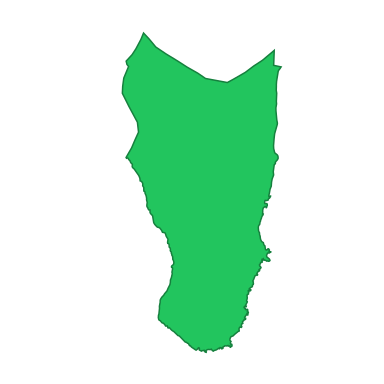 outline of Mrémani, Andjouân, Comoros, rotated 11°
{"feature_id": "10938185B83207987774368", "entity_name": "Mrémani", "entity_type": "district", "adm_level": 2, "iso_a3": "COM", "parent_name": "Comoros", "parent_adm1": "Andjouân", "projection": "equal_earth", "projection_center": [44.513, -12.33], "detail": "fine", "context": "isolated", "style": "filled", "palette": "green", "viewbox_px": 384, "rotation_deg": 11, "n_neighbors": 0, "source": "geoboundaries", "source_scale": "gbopen_adm2", "svg_char_len": 6098}
<svg xmlns="http://www.w3.org/2000/svg" viewBox="0 0 384 384"><g transform="rotate(11 192 192)"><path d="M114.1,45.2L112.7,52.1L109.6,62.2L107.0,68.6L102.4,76.1L103.8,79.2L105.8,80.9L103.3,93.2L103.8,101.5L104.8,108.4L113.8,120.1L125.1,133.9L128.1,143.5L126.2,151.4L124.3,160.2L120.7,170.7L121.3,171.4L122.1,170.9L122.7,171.0L123.9,172.4L124.9,172.9L126.3,174.9L127.9,176.0L128.2,176.4L128.4,178.2L128.6,178.8L129.4,179.6L130.8,180.4L136.4,185.8L137.4,187.1L137.7,187.7L138.2,188.4L139.0,191.0L139.9,191.1L140.6,191.4L141.7,192.6L142.1,193.3L142.4,195.3L143.8,196.8L144.4,199.7L144.8,200.5L145.4,200.5L145.9,201.1L146.2,202.3L147.5,204.1L148.0,205.2L148.6,206.7L148.9,208.4L150.0,210.7L150.2,213.6L150.6,215.0L151.1,215.5L151.6,215.8L151.9,216.6L152.9,217.8L154.1,217.6L154.8,220.3L155.7,221.3L156.9,222.1L157.9,223.0L160.2,229.2L160.5,229.7L161.7,231.0L164.1,232.8L164.9,233.1L166.4,233.2L167.4,233.6L169.5,235.5L170.7,237.2L173.1,237.2L173.8,237.9L175.2,240.5L177.1,242.5L177.5,243.3L177.6,246.0L178.0,247.1L178.8,247.1L179.5,247.9L180.1,250.4L181.2,251.2L181.7,252.2L181.9,253.8L182.5,254.5L183.1,254.8L183.5,256.3L184.0,256.9L184.3,257.9L185.3,259.1L186.0,261.8L186.9,262.9L187.6,264.4L187.7,265.9L187.6,266.7L186.2,268.5L186.1,269.1L186.3,269.8L186.8,270.0L187.2,270.0L187.4,270.3L187.6,271.6L187.6,274.5L188.2,275.9L188.1,279.5L188.0,280.8L187.7,281.7L187.7,283.1L188.0,284.7L188.0,287.2L186.9,291.0L186.3,293.9L184.5,297.1L184.0,298.6L182.4,301.1L181.5,303.5L181.5,305.1L181.8,306.0L181.8,310.3L182.3,312.5L182.8,318.1L182.6,319.3L182.9,321.7L183.6,323.4L183.9,323.8L184.5,324.2L185.5,324.4L187.3,326.0L187.9,326.2L189.1,326.3L190.9,327.7L191.6,328.6L192.4,328.5L193.1,328.1L193.8,328.9L194.2,329.9L194.8,330.0L195.7,329.5L198.1,331.3L199.4,332.0L200.7,332.4L205.6,335.6L207.0,335.7L214.0,340.6L215.3,340.6L216.3,341.3L217.5,341.5L218.5,342.9L218.8,343.1L219.3,343.1L219.4,343.4L220.0,343.4L221.0,344.3L225.9,346.4L226.3,346.4L227.1,345.5L227.7,344.2L228.2,343.6L228.8,343.7L229.1,344.1L229.1,345.4L229.4,345.7L231.6,346.4L232.2,345.7L233.2,345.7L233.7,345.4L233.9,345.1L234.1,345.1L234.5,345.1L234.9,345.6L235.0,346.2L235.5,346.6L236.5,346.7L236.6,346.2L235.8,345.2L236.7,344.2L237.2,343.8L238.5,343.3L239.9,343.3L240.9,342.6L242.4,343.9L243.4,344.1L243.8,343.5L246.2,342.2L247.6,340.6L248.4,340.1L248.5,340.7L248.8,340.7L249.3,339.3L250.5,339.4L250.7,340.2L250.9,340.3L251.9,339.9L252.2,339.5L252.2,339.3L251.6,339.1L251.5,338.9L252.7,337.6L253.3,337.2L253.5,336.7L255.4,336.5L256.6,335.8L256.9,336.3L257.4,336.3L258.5,335.8L259.1,337.1L259.3,337.1L259.9,336.3L260.4,336.0L260.6,335.6L260.5,334.7L260.1,333.9L259.5,333.8L259.1,334.0L258.7,333.7L258.5,332.1L258.8,331.2L257.8,330.6L257.4,330.1L257.3,328.8L257.6,327.3L258.0,326.5L259.8,325.4L261.1,323.5L264.0,320.0L264.8,319.6L264.8,319.0L264.5,318.3L264.2,317.1L264.6,315.7L265.4,315.4L265.7,315.5L266.2,315.0L266.4,315.2L266.6,314.8L266.5,314.6L266.0,314.4L265.9,314.2L266.0,313.9L265.9,312.1L266.3,311.7L266.7,311.6L267.0,311.2L266.4,310.1L266.3,309.5L267.2,308.6L267.3,308.2L267.3,307.7L268.1,307.4L268.3,306.9L268.8,306.8L268.9,306.3L268.7,305.7L267.7,305.7L267.6,304.8L268.9,302.0L269.2,301.9L269.8,302.2L270.2,302.1L270.2,301.4L269.2,300.9L269.1,300.6L269.4,300.4L270.2,300.3L270.3,299.6L269.8,299.3L269.7,298.4L269.0,298.4L269.1,296.9L268.7,296.6L268.3,296.7L267.2,297.2L266.9,297.0L266.6,296.3L266.0,296.2L265.3,295.6L265.1,295.1L265.3,294.6L265.7,294.5L266.6,294.5L267.1,294.2L267.1,293.7L266.0,293.7L267.2,289.6L267.2,289.1L266.3,288.5L266.5,286.3L266.4,285.1L265.9,283.6L265.8,282.4L266.4,281.7L266.9,281.4L266.9,281.1L266.6,280.2L266.9,279.4L266.9,279.0L266.0,278.4L266.1,278.1L266.9,277.6L267.8,277.9L268.2,277.8L268.5,277.2L268.3,276.6L266.9,276.7L266.7,276.4L266.7,275.9L268.2,274.2L269.0,273.8L269.3,273.0L269.1,271.9L269.8,271.0L269.8,270.2L269.4,269.6L269.4,268.6L268.7,267.9L268.7,267.4L269.1,266.6L269.8,262.5L270.1,262.0L270.9,261.6L271.2,261.1L271.6,261.0L272.1,261.1L272.2,260.7L271.2,259.5L271.7,258.6L271.7,258.0L272.0,257.5L272.7,257.1L273.3,256.4L273.3,255.8L272.6,255.7L272.6,255.3L273.3,254.9L273.4,254.4L274.1,253.4L274.1,252.8L273.3,252.1L272.7,251.9L272.5,250.9L272.1,250.7L272.7,249.5L272.8,248.3L273.1,247.9L273.8,247.9L274.2,247.6L274.3,247.3L273.8,246.6L273.6,245.8L273.6,244.7L274.2,244.6L274.6,245.5L274.9,245.0L274.5,244.2L274.7,243.9L275.4,244.8L276.1,244.8L276.2,245.1L276.5,245.0L277.8,245.2L278.5,245.6L279.3,245.3L280.5,245.4L281.2,245.0L281.6,244.4L281.1,243.4L280.7,243.0L277.8,241.4L277.3,240.1L277.5,238.6L278.2,237.3L279.4,237.2L280.3,236.3L280.6,236.2L280.8,236.0L280.7,235.6L279.2,235.8L278.9,235.5L279.0,234.2L278.1,233.2L277.5,233.2L276.8,234.2L276.3,234.7L275.5,234.6L275.1,234.3L274.6,233.2L273.9,231.0L273.3,230.7L272.5,229.9L271.7,228.1L270.0,227.4L269.5,227.0L268.5,225.6L267.9,224.3L267.3,222.3L266.5,221.0L266.0,219.1L265.0,217.9L264.7,217.2L263.9,214.4L263.8,212.8L264.0,211.9L264.6,211.1L264.6,209.5L264.5,208.6L264.8,207.6L264.8,206.9L264.7,206.5L265.1,204.9L265.2,203.3L265.4,202.4L266.1,200.8L266.1,200.0L265.4,200.1L265.3,198.4L264.9,196.5L264.9,194.8L265.1,193.9L266.5,192.3L267.7,192.8L267.8,193.2L268.0,193.2L268.2,192.8L268.0,192.3L268.5,191.1L268.2,189.6L267.6,189.1L265.8,189.5L265.4,189.1L265.2,187.0L265.4,186.3L265.8,186.2L266.8,186.2L268.2,185.5L268.4,184.1L269.2,183.2L269.5,182.7L269.5,182.4L269.9,181.7L269.9,181.0L269.6,181.0L268.8,181.9L268.4,181.9L268.1,181.3L268.1,179.6L268.2,179.0L268.1,174.4L268.7,171.2L268.2,167.1L268.2,163.9L268.9,159.7L267.9,156.6L267.5,149.5L268.3,148.5L268.4,147.7L268.1,147.0L268.5,146.1L269.7,144.1L270.1,142.7L270.0,142.0L269.7,140.9L269.2,139.9L268.6,139.3L265.7,137.7L263.9,133.8L263.2,130.9L262.4,124.0L262.0,119.0L262.8,109.5L262.7,108.1L261.5,105.1L258.9,96.2L258.3,93.3L258.2,89.4L257.5,86.9L256.3,78.9L255.3,76.1L254.7,72.4L254.3,70.4L253.9,67.2L253.6,57.1L253.9,55.9L254.8,54.2L255.6,52.2L248.0,52.1L245.7,37.3L236.0,49.3L228.6,56.5L221.5,64.4L210.9,73.6L205.8,77.8L183.6,78.0L175.1,74.3L163.5,70.4L153.0,66.2L140.1,61.4L128.8,56.6L120.6,49.9L114.1,45.2Z" fill="#22c55e" stroke="#15803d" stroke-width="1.5"/></g></svg>